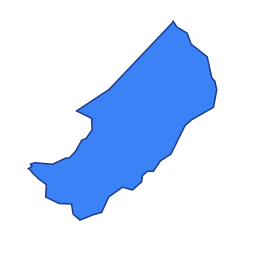 St Remy Estate, Soufrière, Saint Lucia, rotated 48°
{"feature_id": "8701671B98989854041717", "entity_name": "St Remy Estate", "entity_type": "district", "adm_level": 2, "iso_a3": "LCA", "parent_name": "Saint Lucia", "parent_adm1": "Soufrière", "projection": "robinson", "projection_center": [-61.046, 13.818], "detail": "fine", "context": "isolated", "style": "filled", "palette": "blue", "viewbox_px": 256, "rotation_deg": 48, "n_neighbors": 0, "source": "geoboundaries", "source_scale": "gbopen_adm2", "svg_char_len": 832}
<svg xmlns="http://www.w3.org/2000/svg" viewBox="0 0 256 256"><g transform="rotate(48 128 128)"><path d="M80.9,154.8L96.5,148.6L105.3,155.9L107.7,166.1L106.1,170.6L110.2,182.6L111.0,191.8L108.6,194.5L104.5,208.3L91.6,220.3L89.6,224.6L89.9,224.7L90.4,224.9L91.2,225.1L91.7,225.0L92.1,224.9L92.1,226.9L91.6,229.2L93.6,228.7L97.3,229.0L106.4,228.4L115.4,226.5L124.2,235.4L137.9,229.8L146.7,220.9L155.5,226.5L160.5,225.8L164.3,225.3L169.2,211.9L173.1,204.1L170.2,197.4L166.3,188.4L168.3,171.7L177.1,166.1L177.1,153.8L173.1,149.3L173.1,142.6L174.5,141.1L177.1,138.1L174.1,125.8L176.1,113.5L165.7,87.4L164.4,84.3L164.4,76.5L164.4,75.3L169.8,50.6L159.0,36.5L151.3,32.1L146.7,32.1L142.8,29.9L128.1,21.5L108.0,25.0L97.2,20.6L85.6,24.1L78.9,23.0L79.5,24.7L86.7,116.4L80.9,154.8Z" fill="#3b82f6" stroke="#1e3a8a" stroke-width="1.5"/></g></svg>